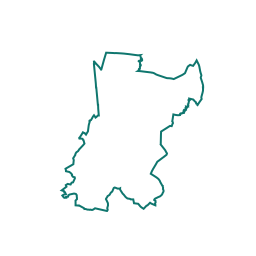 outline of Penkules pag., Dobele, Latvia, rotated 301°
{"feature_id": "27541924B17832608413476", "entity_name": "Penkules pag.", "entity_type": "district", "adm_level": 2, "iso_a3": "LVA", "parent_name": "Latvia", "parent_adm1": "Dobele", "projection": "orthographic", "projection_center": [23.225, 56.49], "detail": "fine", "context": "isolated", "style": "outline", "palette": "teal", "viewbox_px": 256, "rotation_deg": 301, "n_neighbors": 0, "source": "geoboundaries", "source_scale": "gbopen_adm2", "svg_char_len": 5334}
<svg xmlns="http://www.w3.org/2000/svg" viewBox="0 0 256 256"><g transform="rotate(301 128 128)"><path d="M167.4,64.6L165.4,66.1L165.2,65.9L150.1,77.1L148.4,78.3L146.9,79.3L146.2,79.8L146.3,80.0L132.4,90.2L132.5,90.4L129.1,92.6L123.7,96.5L123.3,95.8L121.1,95.2L120.2,94.8L120.8,93.7L121.4,92.3L119.7,92.1L117.5,92.2L115.7,92.2L114.7,91.3L114.3,91.3L114.3,91.5L114.2,91.8L110.8,92.7L109.5,93.2L104.5,95.4L100.7,95.4L101.3,93.5L101.1,93.3L101.1,91.6L98.9,91.6L95.6,91.5L94.3,91.3L93.9,91.8L94.1,92.2L95.0,93.7L95.3,94.6L94.5,95.9L94.6,96.2L93.7,97.1L92.2,98.7L90.2,98.4L85.1,97.3L85.0,97.2L82.4,97.1L80.7,96.3L79.5,96.2L77.9,96.5L77.7,96.7L73.8,96.6L72.6,98.0L68.8,99.8L60.9,95.4L60.5,95.8L60.0,96.4L59.0,97.1L60.1,100.4L59.9,102.1L59.3,104.0L58.5,104.3L58.0,105.4L57.8,105.8L58.3,107.7L57.5,108.4L53.1,108.9L52.1,107.8L50.0,107.9L49.0,105.1L47.0,104.1L46.0,105.5L40.4,103.3L40.9,105.7L40.3,106.2L40.5,107.0L39.2,108.9L38.2,107.6L37.8,107.2L36.3,106.5L35.4,108.7L35.4,109.0L35.4,109.4L35.8,110.0L36.4,110.9L36.9,110.4L38.3,112.0L39.8,111.6L41.0,112.3L44.0,115.5L44.6,117.2L44.6,117.4L44.1,118.4L44.0,118.7L43.1,119.2L42.1,120.0L40.7,120.9L38.8,120.4L34.7,122.9L35.9,125.3L36.2,126.1L36.4,126.1L36.6,131.3L36.6,131.6L36.1,132.3L36.4,132.6L36.9,134.0L37.1,135.1L37.9,136.6L38.1,137.2L38.3,137.5L38.6,137.7L39.2,139.4L40.2,140.2L42.2,141.1L45.9,152.3L46.0,152.3L46.2,152.8L47.1,152.8L47.6,152.6L48.6,151.5L51.4,150.7L53.2,149.5L54.7,147.3L55.7,145.7L56.2,145.6L58.1,145.7L59.1,145.6L61.1,146.6L63.8,146.6L65.4,147.2L69.2,146.7L70.0,147.1L70.2,147.5L70.5,149.0L70.6,149.8L70.7,150.3L71.7,152.0L72.2,152.3L71.8,152.5L71.3,152.8L70.6,153.9L70.3,154.6L69.0,157.2L68.7,158.6L67.6,161.5L67.3,163.8L68.2,166.0L68.3,166.8L68.2,167.0L69.5,169.3L66.6,171.9L68.3,175.8L67.1,179.1L66.9,180.4L66.8,183.0L71.0,183.9L71.6,184.5L75.3,185.4L75.2,186.9L75.8,191.3L76.2,191.1L77.2,190.0L78.4,190.0L79.7,189.1L79.8,187.5L80.3,187.4L81.0,187.5L81.6,187.7L82.9,188.6L83.9,189.2L84.6,189.7L85.8,190.6L87.7,191.3L88.9,191.4L90.4,191.2L91.4,191.2L92.2,191.0L92.9,190.5L93.7,189.4L94.0,189.3L94.9,188.8L95.3,188.4L96.0,187.6L96.2,187.4L96.3,187.4L96.3,187.0L98.3,183.5L99.2,182.3L100.0,180.3L100.3,178.0L100.4,175.2L100.5,171.1L103.5,170.7L104.6,170.7L105.2,170.6L110.9,170.6L114.2,170.5L115.6,171.1L124.8,174.8L125.0,174.8L126.3,174.5L127.4,172.4L128.0,171.6L129.0,169.0L130.7,164.5L130.8,164.5L138.0,160.4L139.4,159.6L142.0,158.2L151.4,162.9L152.1,164.5L155.1,163.9L155.2,164.0L156.0,163.5L156.6,162.4L156.9,162.4L157.1,162.3L163.0,159.9L163.8,162.3L164.6,164.1L165.0,164.7L165.7,165.7L165.9,165.9L166.3,165.6L166.7,165.4L167.0,165.4L167.4,165.5L167.5,165.5L167.6,165.8L167.7,166.2L167.8,166.4L168.1,166.6L168.4,166.6L168.6,166.9L168.9,166.9L169.1,167.2L169.4,167.8L169.8,168.2L170.1,168.0L170.3,167.7L170.7,168.0L170.8,168.0L171.0,167.9L171.4,167.9L171.6,167.8L171.6,167.6L171.4,167.4L171.3,167.2L171.3,166.9L171.7,166.9L171.8,166.9L171.8,167.1L172.1,167.1L172.2,166.7L172.4,166.7L172.5,166.7L172.7,166.9L172.8,167.4L172.7,167.5L172.6,167.9L172.6,168.1L172.9,168.2L173.2,168.0L173.2,167.9L173.1,167.7L173.4,167.8L173.4,168.0L173.5,168.2L173.6,168.3L174.3,167.8L174.6,167.5L174.9,167.5L174.9,167.4L174.8,167.2L175.0,167.1L175.3,167.2L175.4,166.9L175.7,167.0L175.7,167.3L175.9,167.3L175.9,167.2L176.0,167.1L176.0,167.5L175.7,167.7L175.6,167.9L175.5,168.0L175.9,168.0L176.4,168.0L176.5,168.1L177.1,167.8L177.2,168.0L177.4,168.2L177.5,168.4L177.7,168.2L177.9,168.1L178.0,167.9L178.5,168.0L178.7,167.7L179.1,167.5L179.2,167.4L179.3,167.2L179.5,167.3L180.1,167.3L180.5,167.0L181.0,166.9L181.7,166.7L182.2,166.5L182.3,166.4L182.8,166.4L183.2,166.1L183.6,166.1L183.7,165.9L183.5,165.6L183.9,165.5L184.1,165.6L184.0,165.4L184.5,165.4L184.5,165.8L184.8,165.5L186.0,169.2L185.8,169.6L185.8,170.1L185.6,170.6L185.3,171.3L185.2,171.8L185.2,172.5L185.0,172.9L184.6,173.4L184.1,173.8L184.3,174.9L183.4,175.7L183.4,175.8L184.4,175.8L187.1,175.9L190.8,176.2L191.7,175.3L192.2,175.0L193.1,174.7L196.4,173.8L198.5,173.1L199.8,172.4L201.4,171.3L201.5,171.5L202.6,170.8L203.3,170.3L205.3,168.2L208.5,164.5L208.9,164.3L210.7,163.9L211.1,163.6L212.1,162.5L212.7,161.8L213.9,160.6L217.4,157.5L218.6,156.2L219.0,155.6L221.3,152.0L218.5,152.1L214.8,151.8L214.1,149.0L214.1,148.7L211.7,147.7L210.8,147.7L206.5,148.3L204.5,148.6L204.1,148.5L202.2,147.6L201.1,147.0L193.5,142.0L192.8,139.7L192.7,139.6L192.2,138.3L191.1,136.3L190.7,135.4L190.5,134.5L188.7,126.3L188.4,124.6L188.4,122.3L188.1,120.7L187.5,119.4L187.5,119.2L186.1,116.1L182.9,108.9L182.0,107.2L182.8,107.6L183.1,107.7L183.3,107.7L183.5,107.2L184.2,107.0L184.3,107.1L184.5,107.5L184.9,107.7L185.1,107.6L185.5,107.2L186.8,106.8L186.9,106.5L187.2,106.3L187.5,106.4L187.6,106.7L188.5,106.6L188.6,105.8L188.7,105.5L189.0,105.3L189.7,105.1L191.0,103.8L191.1,103.7L190.7,103.1L190.7,102.8L190.9,102.7L191.2,102.8L191.8,103.4L192.1,103.9L192.5,105.0L193.0,105.2L193.4,105.2L193.5,105.1L193.6,104.6L193.8,104.3L193.8,104.2L193.6,103.6L193.8,103.4L194.1,103.5L194.3,103.9L194.5,104.1L194.7,103.8L194.7,103.7L194.7,103.2L195.0,102.8L195.4,102.2L196.0,101.6L196.5,100.9L196.8,101.0L195.4,99.1L195.3,98.8L194.4,96.8L192.8,93.1L191.9,91.0L189.6,86.0L188.6,84.0L186.2,79.4L185.2,77.8L184.5,76.4L181.3,70.5L174.1,72.3L164.4,75.0L164.2,74.9L165.5,71.7L166.7,67.4L167.6,64.8L167.4,64.6Z" fill="none" stroke="#0f766e" stroke-width="2"/></g></svg>